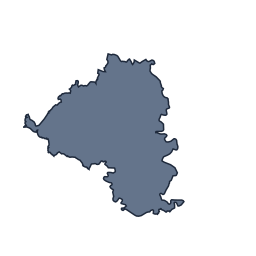 Tepehuacán de Guerrero, Hidalgo, Mexico, rotated 127°
{"feature_id": "50627088B76659971388370", "entity_name": "Tepehuacán de Guerrero", "entity_type": "district", "adm_level": 2, "iso_a3": "MEX", "parent_name": "Mexico", "parent_adm1": "Hidalgo", "projection": "natural_earth1", "projection_center": [-98.818, 21.069], "detail": "fine", "context": "isolated", "style": "filled", "palette": "slate", "viewbox_px": 256, "rotation_deg": 127, "n_neighbors": 0, "source": "geoboundaries", "source_scale": "gbopen_adm2", "svg_char_len": 5890}
<svg xmlns="http://www.w3.org/2000/svg" viewBox="0 0 256 256"><g transform="rotate(127 128 128)"><path d="M60.4,145.5L60.3,145.9L59.6,146.3L58.9,147.6L58.9,148.6L59.3,149.8L62.0,151.1L62.7,151.7L62.9,152.1L63.0,153.6L62.5,155.0L66.4,156.7L68.8,157.4L69.2,157.8L69.9,163.9L71.8,162.7L74.5,162.5L74.2,163.7L73.2,165.3L72.0,168.3L72.2,168.5L74.2,168.9L76.0,168.8L76.5,169.2L76.9,170.7L77.5,171.4L77.8,172.3L78.8,173.1L78.9,174.2L78.7,174.8L76.9,179.2L76.8,180.6L77.5,183.1L78.4,184.6L79.5,185.1L80.8,188.5L86.0,186.2L86.6,184.4L87.6,183.5L88.4,183.1L90.9,183.0L91.5,183.2L92.5,182.7L93.5,182.8L94.4,183.3L95.5,182.1L96.6,179.9L98.0,182.0L99.3,186.9L102.5,185.1L102.3,183.7L102.8,183.2L106.1,182.6L106.7,182.4L106.9,181.8L107.3,181.6L108.0,182.0L108.9,181.8L109.0,181.5L109.7,181.7L110.6,181.4L111.7,180.5L111.4,181.4L111.5,182.5L113.4,185.4L114.0,185.8L117.0,186.0L117.6,185.9L119.3,186.3L119.9,187.8L121.2,188.8L121.5,190.2L122.1,191.3L125.0,192.3L124.0,194.1L121.7,195.0L120.6,195.9L120.6,196.9L121.5,197.9L121.8,197.9L122.5,197.4L123.8,196.9L124.6,196.1L125.8,196.8L126.7,197.1L127.0,197.4L127.2,198.2L128.0,198.1L128.3,198.2L129.1,197.7L129.7,197.6L131.5,197.9L132.2,198.2L132.4,197.0L132.8,196.1L135.0,195.1L135.4,196.1L136.9,197.7L137.2,198.4L138.4,199.6L139.7,200.3L140.1,201.0L141.0,201.2L142.8,201.2L143.0,201.8L145.1,202.2L146.4,201.8L147.1,200.8L145.7,199.5L145.9,198.3L147.4,196.9L148.5,197.7L150.1,198.2L152.2,198.3L152.5,198.6L153.0,199.7L156.4,200.5L158.4,200.3L160.3,200.6L160.7,200.5L161.8,201.1L162.2,200.6L162.9,201.2L163.8,200.4L164.0,200.8L164.4,200.9L165.7,200.6L171.3,200.3L179.1,200.7L180.0,201.1L181.6,202.4L181.8,203.1L181.4,203.8L180.8,204.3L179.7,206.5L179.7,209.3L180.1,211.2L179.8,212.0L178.5,213.5L177.6,215.5L177.2,215.9L178.6,217.0L179.0,216.8L180.2,216.9L180.6,216.6L180.3,215.8L180.3,215.1L181.4,215.8L182.8,215.5L184.0,214.7L184.4,213.4L184.9,213.8L186.2,213.1L187.2,210.9L187.9,211.6L189.2,211.6L189.7,211.9L190.0,211.7L188.1,209.5L187.4,207.1L187.2,205.6L187.7,202.0L187.5,200.6L186.7,199.0L184.5,199.3L184.1,198.9L185.9,198.1L187.3,196.3L188.1,194.8L188.3,193.1L187.8,191.8L187.5,191.7L187.2,190.6L187.5,190.4L186.8,189.7L186.5,188.8L186.6,188.2L185.9,187.0L185.3,187.1L185.2,186.8L185.7,186.7L185.7,185.8L184.9,185.2L185.8,183.9L188.3,181.4L189.3,180.8L190.8,180.8L191.5,180.3L191.3,179.6L192.2,179.5L192.3,179.8L192.9,179.4L193.6,178.6L194.2,178.4L194.4,177.7L195.5,177.0L195.5,176.6L194.5,175.9L194.6,175.2L194.4,175.1L194.9,174.0L194.7,173.1L195.0,172.6L194.7,172.0L194.9,171.7L195.1,170.2L194.4,170.4L192.3,169.3L190.9,169.2L190.6,169.4L188.5,168.6L188.6,165.4L187.7,164.6L187.4,163.9L187.3,163.0L187.4,159.5L186.7,159.5L186.6,157.6L186.4,157.0L185.5,155.9L184.9,155.4L183.1,152.4L183.3,151.2L183.0,149.9L183.1,148.8L182.6,147.0L183.6,143.3L184.5,142.1L184.7,141.4L185.2,141.4L185.3,140.7L185.0,139.7L184.9,138.6L184.4,138.1L184.1,136.9L184.1,136.6L184.7,136.1L184.5,134.2L183.8,134.8L182.8,134.7L179.1,135.5L178.5,135.3L177.1,133.7L176.6,133.3L175.9,132.3L175.9,131.3L175.4,130.4L174.4,129.5L170.5,129.5L169.8,128.3L170.0,127.9L169.9,127.3L168.3,126.4L168.0,125.8L168.0,125.4L168.5,124.8L169.8,125.1L170.9,124.6L171.0,121.6L171.6,119.8L168.1,114.7L168.1,114.4L170.0,112.2L170.8,111.9L172.9,112.7L173.8,114.9L175.4,117.1L175.8,117.4L176.6,117.3L177.8,115.2L178.9,114.9L179.6,115.4L180.8,117.3L181.7,117.6L182.9,117.3L183.5,116.5L183.7,115.6L183.6,113.7L182.8,110.2L181.9,108.5L181.8,108.2L182.1,107.4L182.9,106.7L183.5,106.7L184.2,107.2L185.7,107.1L186.3,105.9L186.4,104.2L186.1,102.9L186.3,102.3L188.4,101.6L191.2,98.3L193.7,97.4L194.7,96.3L194.9,94.7L194.4,93.3L192.8,92.8L189.5,92.9L189.0,92.3L188.7,91.0L188.6,89.6L188.8,89.2L189.9,88.6L191.9,88.6L192.2,88.4L192.4,87.9L190.8,83.9L191.3,82.4L194.1,83.0L195.9,84.8L196.6,84.6L197.1,83.8L196.9,82.6L196.7,82.3L194.6,81.8L194.2,80.8L194.0,79.2L193.5,70.2L193.2,68.3L192.0,66.4L190.0,64.7L184.3,62.4L183.1,61.5L181.9,60.2L180.2,60.2L178.5,59.1L178.5,58.1L178.8,57.8L181.0,56.4L180.5,54.7L179.4,53.3L179.2,52.6L178.4,53.0L178.2,52.5L177.3,52.4L176.2,53.0L176.0,52.8L175.7,52.8L175.4,53.7L174.5,54.3L174.2,54.2L173.5,53.4L172.6,53.3L172.5,53.1L173.0,52.5L173.0,52.1L172.3,49.5L172.3,47.1L171.9,46.7L170.7,46.8L170.1,45.7L169.4,45.1L169.7,44.2L166.6,44.0L164.1,42.8L163.7,42.7L161.3,44.6L160.1,46.1L159.4,46.1L158.6,45.0L158.7,44.0L160.2,41.2L159.7,40.4L157.4,39.2L153.2,39.0L152.8,40.1L153.2,41.7L157.1,46.9L159.0,49.9L159.8,50.1L160.6,50.0L161.8,48.9L162.6,48.7L163.8,48.9L164.1,49.3L164.2,50.6L163.7,51.5L163.6,52.3L163.8,54.8L164.0,55.7L165.0,57.2L165.1,57.9L163.0,60.8L162.5,62.1L161.8,62.8L160.8,62.7L160.2,61.9L160.2,60.4L159.9,59.9L158.7,59.4L154.5,60.3L149.8,60.8L148.0,61.6L147.1,61.7L145.7,62.6L143.7,62.0L139.1,63.3L137.2,61.2L136.5,61.0L134.1,61.6L131.5,66.6L131.7,71.9L133.5,78.4L133.8,80.9L133.4,81.3L131.8,81.9L129.7,82.2L129.1,82.0L125.8,80.1L123.5,79.1L120.8,78.8L117.6,79.4L116.7,76.6L116.1,75.9L114.7,75.9L113.0,76.8L111.9,78.2L111.4,79.1L108.6,81.8L108.2,83.1L108.5,84.3L108.9,84.8L112.8,85.8L114.8,87.3L115.6,88.3L116.1,89.4L115.1,91.9L114.1,92.6L112.5,92.3L110.8,92.3L110.5,92.5L110.2,93.5L110.8,95.5L112.6,97.5L113.4,98.8L114.3,102.0L114.6,102.6L115.0,103.0L114.5,103.5L113.8,103.4L110.5,99.2L109.2,98.4L108.5,98.4L107.9,98.5L103.6,102.0L103.2,105.1L103.5,107.1L103.1,107.9L102.3,108.4L99.8,108.9L98.3,109.5L97.3,109.6L97.0,109.5L96.4,107.7L95.4,105.9L94.8,105.4L93.8,105.2L93.0,105.7L91.1,107.9L90.4,108.4L89.9,108.5L89.1,108.3L87.2,107.1L86.8,107.1L86.3,107.5L84.9,109.8L82.9,111.3L81.3,113.1L80.7,113.3L80.4,114.9L81.2,116.7L81.3,118.0L81.0,119.5L80.0,121.3L78.3,123.1L77.9,123.3L77.2,123.0L76.4,123.1L75.2,123.5L75.3,124.9L74.9,126.3L74.1,126.8L72.3,129.5L71.7,129.9L71.1,130.8L70.2,136.2L70.4,140.9L70.2,142.3L69.3,144.7L67.4,145.9L66.7,146.1L64.4,148.1L63.8,147.8L62.5,147.7L62.4,146.6L61.9,145.8L60.4,145.5Z" fill="#64748b" stroke="#1e293b" stroke-width="1.5"/></g></svg>